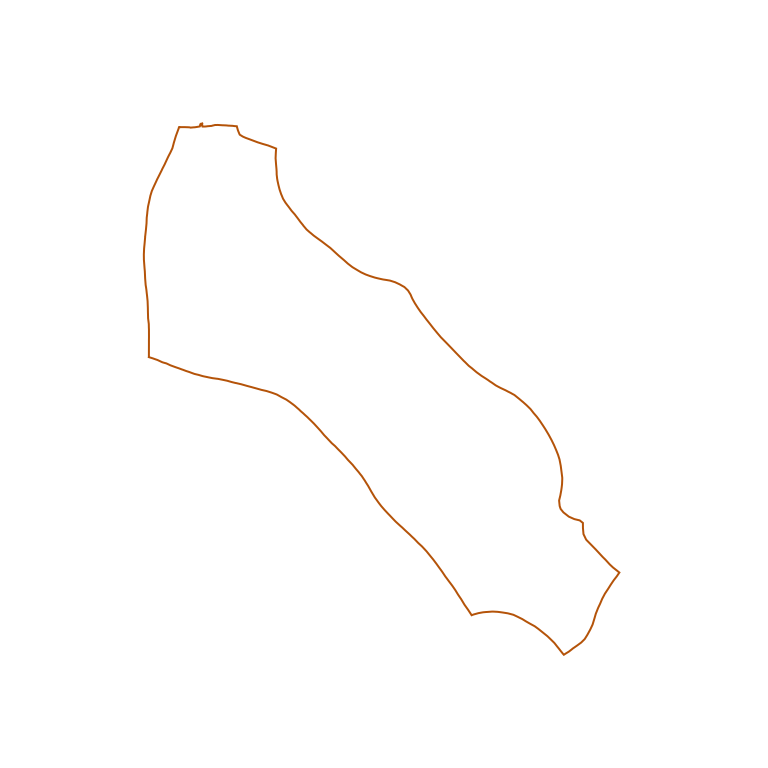 outline of Ghayl Bawazir, Hadramawt, Yemen, rotated 204°
{"feature_id": "15242507B58330676723626", "entity_name": "Ghayl Bawazir", "entity_type": "district", "adm_level": 2, "iso_a3": "YEM", "parent_name": "Yemen", "parent_adm1": "Hadramawt", "projection": "natural_earth1", "projection_center": [49.096, 14.883], "detail": "fine", "context": "isolated", "style": "outline", "palette": "amber", "viewbox_px": 768, "rotation_deg": 204, "n_neighbors": 0, "source": "geoboundaries", "source_scale": "gbopen_adm2", "svg_char_len": 5987}
<svg xmlns="http://www.w3.org/2000/svg" viewBox="0 0 768 768"><g transform="rotate(204 384 384)"><path d="M609.8,312.9L605.6,313.4L604.0,313.5L600.7,313.8L595.7,313.7L594.5,313.8L591.2,314.3L590.6,314.3L586.8,314.2L582.4,314.5L581.0,314.6L577.7,314.9L574.5,315.1L573.5,315.2L570.1,315.4L566.3,315.8L565.8,315.8L561.4,316.1L559.7,316.4L557.1,316.9L553.2,317.4L551.6,317.7L548.0,318.5L547.4,318.6L543.0,319.6L538.6,320.9L538.1,321.1L533.2,322.2L528.5,323.2L524.1,323.8L520.2,324.5L519.0,324.8L517.9,325.0L514.3,325.7L509.4,326.4L508.0,326.6L503.7,327.3L502.3,327.5L499.0,328.0L493.5,328.8L488.5,329.8L483.3,330.4L479.4,330.7L477.6,330.8L472.2,330.3L466.9,330.0L462.6,329.2L456.9,327.9L453.1,326.7L451.4,326.2L449.0,325.3L445.7,324.3L444.0,323.7L440.6,322.6L437.7,321.5L436.3,321.0L431.6,319.2L429.3,318.2L427.2,317.3L422.7,315.3L417.8,312.9L413.6,311.2L412.2,310.6L407.7,308.7L407.4,308.6L403.5,307.4L402.3,306.9L399.4,305.7L396.5,304.6L395.0,304.0L390.2,302.0L386.1,300.0L380.5,297.7L379.7,297.4L379.4,297.2L375.3,295.1L373.0,294.0L371.1,293.1L369.5,292.2L366.9,290.9L364.1,289.1L362.3,288.0L360.0,286.4L357.1,284.5L351.9,280.6L346.2,276.6L343.4,275.0L341.2,273.7L339.4,272.7L336.8,271.3L332.3,269.2L327.1,267.0L325.8,266.5L322.2,265.0L318.3,263.4L317.0,262.9L313.1,261.6L311.3,261.0L309.0,260.3L305.1,258.9L300.6,257.4L299.1,256.9L296.7,256.0L293.2,254.8L288.1,252.7L283.3,251.1L277.2,248.5L271.7,245.7L267.5,243.6L265.0,242.2L263.0,241.1L258.9,238.7L254.4,236.1L249.5,233.0L248.0,232.2L245.2,230.6L241.4,228.5L239.6,227.5L235.0,224.7L230.8,221.8L226.8,219.3L226.4,219.1L220.7,215.1L215.3,211.9L211.4,209.4L209.9,208.4L208.5,209.8L204.5,213.1L200.7,215.7L198.4,217.0L196.3,218.1L192.4,220.2L188.0,221.9L186.5,222.4L182.7,223.5L177.9,224.8L177.4,224.9L175.6,225.2L171.9,225.8L167.4,225.7L162.5,225.5L162.1,225.5L157.8,224.9L152.9,224.4L147.8,224.0L144.1,223.2L143.2,223.0L141.7,222.6L137.9,221.6L132.2,220.1L127.5,218.4L123.2,216.8L122.2,216.3L119.2,214.7L116.8,213.5L114.2,212.1L110.9,210.4L109.6,209.8L108.2,211.9L106.2,214.8L104.5,218.0L103.8,219.4L103.1,220.5L101.1,223.8L98.7,228.0L97.8,230.3L96.9,232.6L96.2,237.5L95.7,243.6L95.6,249.1L96.4,255.5L97.1,260.6L97.1,261.3L97.3,266.1L97.3,267.4L97.2,271.1L97.3,276.6L97.1,279.3L96.9,282.3L96.4,285.3L96.0,287.6L95.2,293.1L94.3,298.2L93.1,303.0L92.3,307.5L93.6,307.8L94.2,308.0L100.1,309.5L104.4,311.0L108.5,312.8L109.0,313.0L109.6,313.3L113.8,314.9L118.0,316.7L122.9,318.8L128.4,321.0L133.2,322.9L135.0,323.6L136.1,324.1L140.7,328.0L143.7,333.4L145.8,338.0L149.7,339.0L155.2,338.0L161.2,338.0L167.9,339.7L171.8,341.7L173.0,343.0L173.9,344.0L176.6,348.7L176.7,349.1L177.6,354.0L178.8,358.9L179.5,361.4L180.6,364.9L182.5,369.7L183.1,371.0L183.4,371.5L185.7,375.3L189.3,381.2L193.0,386.5L193.9,387.5L196.2,390.1L199.9,393.7L203.8,397.3L208.1,400.9L212.9,404.6L218.3,408.4L222.3,411.0L222.8,411.3L226.6,413.7L229.2,415.2L231.2,416.3L235.9,418.5L236.4,418.8L240.0,420.7L245.1,422.6L249.8,424.1L250.6,424.3L254.4,425.4L260.4,427.0L263.0,427.2L264.8,427.4L267.6,427.5L270.4,427.7L276.0,427.8L279.0,428.0L281.4,428.2L286.0,429.1L288.1,429.4L290.4,429.9L293.4,430.4L298.2,431.1L300.0,431.5L304.2,432.4L308.7,433.7L309.6,434.0L314.0,435.1L318.9,437.0L320.4,437.5L324.6,439.2L330.6,441.6L336.2,443.9L338.9,445.0L341.6,446.1L346.9,448.2L350.2,449.5L351.0,449.8L356.4,452.4L359.2,453.8L360.6,454.5L362.2,455.3L365.7,457.2L369.9,459.4L371.1,460.0L375.4,462.4L379.6,464.6L384.2,467.4L388.6,470.3L392.5,473.2L394.0,474.5L396.1,476.5L400.1,479.2L404.9,480.9L407.3,481.1L410.1,481.4L415.3,481.5L420.6,480.9L424.5,479.9L427.0,479.2L428.8,478.8L431.3,478.3L432.8,478.0L435.6,477.5L440.9,476.9L445.3,476.6L450.4,476.7L454.7,477.2L459.6,477.8L460.8,478.0L466.1,479.3L471.0,480.9L474.4,481.9L476.1,482.4L477.5,482.8L482.0,484.3L484.9,485.3L488.2,486.4L493.7,487.7L498.7,488.9L503.5,489.9L508.6,491.0L512.7,492.2L513.6,492.4L517.7,493.7L519.5,494.6L522.2,495.9L522.6,496.2L526.2,498.0L530.4,500.4L532.8,501.7L534.4,502.6L538.8,504.6L539.7,505.1L543.4,507.2L545.1,508.1L547.8,509.6L551.6,512.2L554.4,514.9L555.0,515.4L558.5,519.2L561.5,523.0L564.2,526.7L564.5,527.2L565.0,527.9L567.3,531.8L568.4,534.2L569.7,536.7L572.2,541.2L574.4,545.3L574.8,546.0L576.7,550.8L577.3,552.4L578.3,555.2L582.2,555.0L584.4,554.9L585.7,554.8L586.6,554.8L592.4,554.0L597.7,553.4L606.1,552.9L610.5,552.6L613.6,552.6L617.2,553.1L618.0,553.8L620.6,556.3L623.0,559.2L623.3,559.6L625.2,558.9L627.5,558.2L631.1,556.8L633.5,556.0L637.0,554.6L641.3,553.0L643.0,552.2L644.0,551.7L644.3,551.4L645.9,550.2L646.4,549.7L649.9,547.8L651.5,546.8L653.5,545.8L653.8,545.8L654.5,545.4L655.2,546.2L655.4,546.6L655.6,547.0L655.8,547.2L655.9,547.3L656.0,547.2L655.8,546.8L655.6,546.6L655.5,546.4L655.6,546.2L655.8,546.1L656.7,545.7L656.9,545.8L657.1,545.7L657.1,545.9L657.1,546.1L657.2,546.3L657.2,546.5L657.1,546.9L657.0,547.0L656.8,547.2L656.2,547.7L655.9,547.9L655.9,548.0L656.0,548.1L656.2,547.9L656.9,547.4L657.2,547.2L657.4,546.8L657.4,546.5L657.3,545.6L657.0,544.6L657.0,544.4L659.2,542.9L660.9,541.8L661.8,541.3L662.6,540.9L663.8,540.2L665.1,539.5L665.4,539.5L665.5,539.5L666.3,539.3L669.1,538.2L673.0,536.5L673.9,536.1L674.2,535.9L674.6,535.7L674.9,535.8L675.1,535.7L675.7,535.4L675.7,534.8L675.6,534.5L675.5,533.5L675.0,526.0L674.8,524.3L674.1,518.8L673.9,517.7L673.2,513.3L673.3,508.3L673.5,505.4L673.6,503.1L673.7,496.4L673.7,495.6L674.0,490.4L674.0,489.1L674.2,484.6L674.3,482.4L674.5,478.5L674.5,476.6L674.6,470.9L674.6,465.9L674.0,461.0L672.6,454.4L671.9,450.9L671.6,449.6L670.0,444.4L669.8,443.9L668.4,439.4L666.3,434.2L664.2,428.0L662.3,422.0L662.2,421.5L661.9,420.9L659.9,415.1L658.3,410.3L656.1,404.7L654.4,401.0L654.0,400.1L651.1,394.7L649.7,392.1L648.4,389.8L645.1,383.2L642.0,377.5L640.5,375.2L639.2,373.1L637.7,370.5L636.5,368.5L633.7,363.6L630.7,357.5L628.6,353.0L628.2,352.2L626.2,348.0L623.3,343.2L621.7,339.8L620.9,338.2L618.7,333.3L617.8,331.3L616.6,328.5L614.6,324.0L612.4,319.0L610.1,313.8L609.9,313.3L609.8,312.9Z" fill="none" stroke="#b45309" stroke-width="2"/></g></svg>